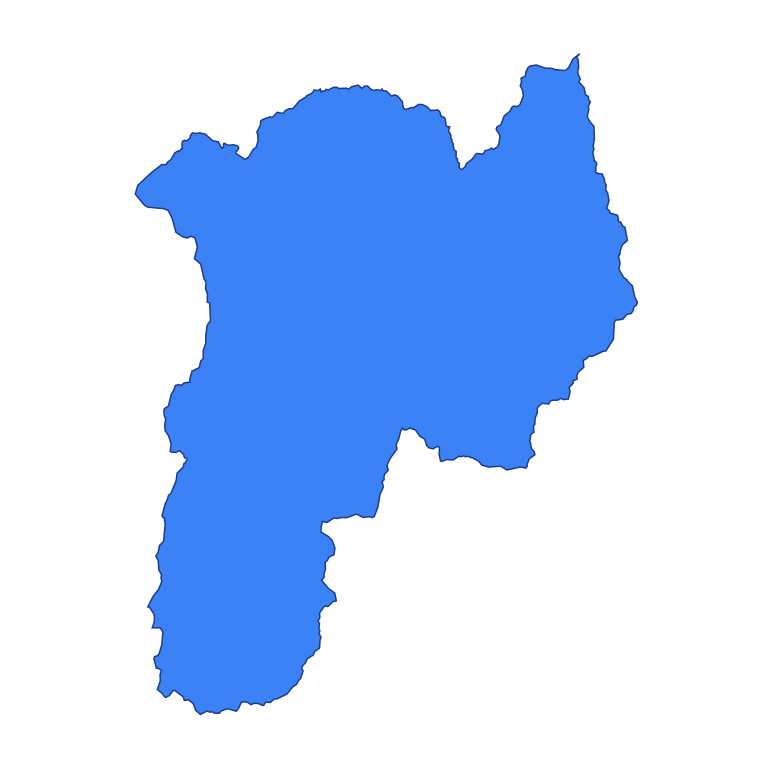 San Ignacio, Cajamarca, Peru, rotated 181°
{"feature_id": "86281439B246740541536", "entity_name": "San Ignacio", "entity_type": "district", "adm_level": 2, "iso_a3": "PER", "parent_name": "Peru", "parent_adm1": "Cajamarca", "projection": "natural_earth1", "projection_center": [-78.994, -5.074], "detail": "fine", "context": "isolated", "style": "filled", "palette": "blue", "viewbox_px": 768, "rotation_deg": 181, "n_neighbors": 0, "source": "geoboundaries", "source_scale": "gbopen_adm2", "svg_char_len": 6122}
<svg xmlns="http://www.w3.org/2000/svg" viewBox="0 0 768 768"><g transform="rotate(181 384 384)"><path d="M561.8,50.4L555.4,53.9L552.3,52.9L549.6,53.2L547.9,51.9L543.0,51.9L541.0,54.3L535.0,56.6L525.9,54.3L523.4,57.8L521.2,63.2L518.1,63.9L514.6,63.2L511.5,61.0L508.8,62.4L504.2,62.4L500.1,60.5L498.6,60.8L496.7,63.8L492.2,63.6L488.2,67.1L485.2,67.4L475.5,72.4L470.1,79.5L466.3,82.1L464.2,86.1L462.2,88.1L459.9,95.7L461.2,97.7L461.3,99.8L457.7,103.8L455.8,108.1L450.3,111.5L448.3,115.7L444.2,118.4L443.8,119.6L443.5,126.9L442.6,129.6L444.6,133.5L443.8,136.3L444.8,138.1L444.4,143.2L445.7,146.0L444.1,149.1L444.4,154.1L439.6,160.9L436.1,160.6L431.7,165.1L430.3,166.1L428.4,165.8L427.9,166.7L429.6,174.2L435.7,178.3L443.1,186.8L440.6,189.3L440.6,193.0L439.3,197.9L439.7,204.7L437.6,206.5L435.9,210.1L431.0,212.5L430.2,219.1L433.0,226.6L436.8,230.4L444.4,234.9L444.5,238.9L443.1,245.5L438.5,244.6L431.7,249.2L428.4,248.7L424.9,249.7L419.1,249.7L409.0,253.5L402.9,250.3L396.0,251.1L393.9,250.3L391.5,251.1L388.1,260.4L386.0,273.7L382.9,280.9L384.1,286.5L382.2,288.3L382.5,291.4L381.6,294.2L378.8,297.0L378.3,298.7L379.6,301.7L379.3,303.6L376.7,309.4L370.0,319.0L370.7,324.4L368.5,328.7L366.5,337.3L364.6,340.3L363.2,338.5L360.6,338.6L357.7,340.3L351.9,338.8L347.0,332.2L342.4,329.6L340.3,323.2L337.8,320.9L333.8,320.0L330.3,322.2L328.4,322.4L327.4,321.0L327.7,314.8L326.1,308.0L325.1,307.5L319.9,309.6L313.7,309.2L308.0,313.1L305.5,312.6L303.0,313.7L301.4,312.6L299.2,313.2L293.3,311.2L287.9,308.4L284.8,304.6L278.1,302.8L265.9,303.8L259.6,300.2L246.1,303.4L240.7,302.4L239.4,304.0L239.6,305.9L237.5,311.6L231.9,315.9L232.5,318.8L235.6,322.1L236.6,328.6L237.7,330.0L236.9,331.0L236.4,336.3L233.3,338.2L233.8,344.7L232.5,346.3L232.3,352.5L230.1,358.1L230.5,361.8L229.4,364.1L225.4,367.5L218.9,366.9L217.6,369.8L215.2,370.7L209.8,370.9L207.2,372.7L204.2,371.5L199.4,372.3L197.8,379.4L198.9,383.6L194.9,388.0L194.9,390.6L191.0,392.1L191.4,395.7L189.9,399.3L184.5,404.2L185.2,411.0L181.5,413.2L180.1,415.3L175.8,415.5L165.8,420.4L162.7,421.0L155.4,432.9L154.8,449.6L153.7,451.8L146.4,452.9L142.4,457.8L138.1,458.8L135.9,462.3L135.5,465.6L133.0,467.2L132.0,470.2L134.7,475.1L137.5,486.7L141.2,489.8L143.1,492.6L146.3,494.8L151.0,502.7L150.2,509.5L151.8,515.9L150.3,518.1L150.3,521.0L148.3,527.1L143.2,531.8L145.5,543.7L145.9,544.9L148.5,546.4L149.9,549.7L152.2,550.7L153.4,556.8L160.7,558.8L162.1,561.6L164.4,563.5L162.2,571.2L163.8,579.2L165.9,582.0L165.2,586.7L166.8,589.2L167.2,592.8L169.5,597.8L173.5,598.1L176.6,599.6L175.8,602.1L176.2,604.7L175.1,607.0L175.6,609.2L177.7,611.2L179.3,619.8L178.1,622.4L179.1,625.6L177.9,632.1L178.6,645.2L182.8,650.0L185.5,654.8L184.1,662.0L184.4,665.7L182.6,669.6L184.5,672.3L184.7,675.1L187.4,676.5L189.2,683.9L194.5,689.4L193.1,692.5L195.4,697.2L195.7,700.5L194.9,703.5L195.6,711.8L197.2,714.0L194.0,717.6L200.6,712.4L205.0,703.3L208.3,700.6L218.1,701.3L221.9,702.6L228.0,702.6L237.3,705.6L243.1,704.6L245.4,703.1L247.6,698.4L248.0,694.4L252.3,692.1L251.8,688.3L253.0,684.7L250.5,679.9L249.7,674.2L253.0,665.6L255.4,663.8L259.5,664.1L261.2,662.6L262.8,659.0L268.6,654.0L271.6,645.3L275.5,643.1L276.1,641.6L276.1,639.9L273.1,636.0L272.4,633.5L273.4,625.7L274.7,623.3L277.8,620.9L279.3,620.6L280.6,621.8L283.3,619.9L286.9,619.2L289.0,615.6L295.6,616.1L300.1,610.0L305.4,605.9L306.9,602.3L309.8,599.9L310.7,599.8L312.7,602.2L312.4,605.9L314.3,607.4L314.5,610.6L315.9,611.4L315.9,617.8L318.3,619.6L319.1,625.4L320.6,627.9L320.2,629.4L321.7,631.0L321.3,633.0L322.2,635.6L323.9,637.8L322.9,642.3L326.3,642.7L327.4,650.3L329.0,652.0L331.2,652.2L333.1,657.3L334.9,659.0L342.1,658.2L345.9,662.0L350.6,664.1L354.3,664.1L359.7,660.6L361.1,661.0L367.3,658.8L369.5,660.4L370.7,666.9L375.8,672.4L378.8,673.3L381.5,672.0L386.7,676.9L389.9,677.1L391.0,678.9L392.9,677.3L395.9,678.2L399.1,677.4L401.7,678.1L405.7,681.7L408.8,681.4L411.2,679.2L415.0,682.4L421.7,680.6L424.5,678.1L426.5,679.1L434.4,678.7L436.6,679.9L439.7,679.7L444.8,677.1L447.1,677.6L448.8,675.5L450.4,675.9L451.9,674.8L452.8,677.9L455.3,676.2L459.1,676.8L460.0,674.7L462.4,672.6L466.1,671.1L466.9,669.7L473.7,665.4L479.9,657.7L483.8,657.6L487.8,655.3L489.1,653.3L490.8,652.9L495.6,653.8L499.3,649.4L501.1,648.6L502.4,649.2L510.1,646.3L511.9,644.8L512.1,640.7L515.5,633.6L514.6,631.4L514.2,625.3L515.7,618.9L518.9,616.2L523.2,608.7L526.7,606.1L536.1,611.9L536.4,612.8L533.4,616.9L533.7,618.5L535.1,619.7L539.0,620.6L543.7,619.9L548.1,621.9L548.7,621.1L548.5,618.0L550.3,616.9L553.8,623.2L559.6,624.3L567.2,630.8L573.1,632.0L575.6,631.2L580.0,631.7L581.8,629.4L582.3,626.4L585.4,623.7L587.9,624.2L589.6,623.1L590.2,620.6L589.8,615.6L590.7,615.7L592.4,613.1L593.9,613.5L597.1,611.5L600.8,604.8L604.8,601.5L605.2,599.8L610.3,599.3L620.3,591.2L633.6,578.4L636.0,569.6L626.6,558.5L623.3,556.7L607.6,555.5L602.9,553.9L598.8,546.2L594.7,532.1L588.2,527.8L584.5,526.7L582.6,526.7L580.2,528.3L575.6,527.1L573.0,517.8L575.7,506.0L569.4,500.7L565.8,486.2L563.7,482.8L564.1,476.0L562.1,471.1L562.1,462.8L559.7,462.0L558.6,444.3L561.8,439.8L563.1,429.1L562.9,421.5L565.3,414.5L565.2,406.1L567.6,403.8L569.0,397.2L576.2,393.4L578.3,385.3L578.0,382.6L583.9,381.6L586.7,379.0L589.0,379.8L592.6,378.9L594.1,374.2L596.6,369.9L599.2,358.1L602.8,355.9L603.6,354.3L603.2,348.6L601.7,345.2L602.5,338.9L602.0,333.5L598.5,328.4L595.7,320.2L596.6,313.1L595.3,312.1L591.1,312.0L587.2,313.8L583.1,309.9L582.2,306.7L579.7,306.4L579.4,305.6L581.2,301.8L582.8,300.7L583.1,297.7L589.3,291.3L590.2,283.5L595.3,270.6L597.5,269.0L598.7,264.3L600.7,260.4L603.5,248.9L603.3,247.4L600.9,245.8L601.0,243.0L600.3,241.4L601.5,223.9L602.0,222.4L605.6,218.7L606.9,211.6L609.1,207.8L606.6,203.3L605.9,194.0L603.1,189.5L603.6,186.5L602.7,182.6L605.8,174.7L611.1,167.7L616.3,157.1L614.3,156.4L609.6,149.2L609.5,142.0L611.5,136.2L603.7,136.3L600.8,132.6L601.6,119.5L604.0,110.7L605.6,108.3L608.6,107.5L609.3,105.6L606.7,96.0L603.7,95.4L601.6,93.6L602.8,89.8L602.5,83.3L605.3,74.5L600.6,71.0L597.8,67.3L596.5,66.9L593.2,68.8L589.6,73.6L588.0,74.1L579.4,67.8L578.1,64.1L574.1,64.8L570.6,62.3L568.6,60.1L566.8,54.7L561.8,50.4Z" fill="#3b82f6" stroke="#1e3a8a" stroke-width="1.5"/></g></svg>